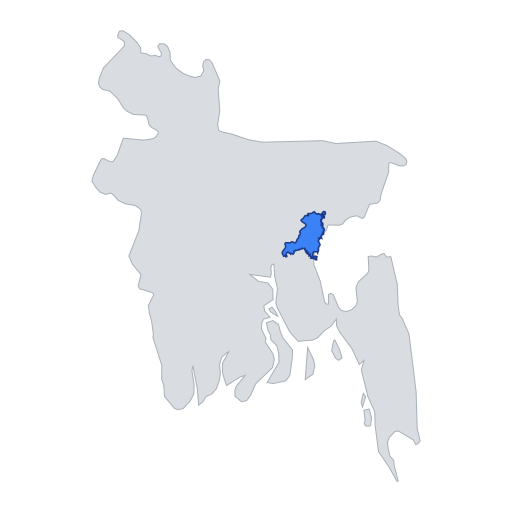 location of Brahamanbaria, Chittagong, Bangladesh
{"feature_id": "16705992B2831557138260", "entity_name": "Brahamanbaria", "entity_type": "district", "adm_level": 2, "iso_a3": "BGD", "parent_name": "Bangladesh", "parent_adm1": "Chittagong", "projection": "orthographic", "projection_center": [91.088, 23.957], "detail": "fine", "context": "in_parent", "style": "filled", "palette": "blue", "viewbox_px": 512, "rotation_deg": 0, "n_neighbors": 0, "source": "geoboundaries", "source_scale": "gbopen_adm2", "svg_char_len": 9343}
<svg xmlns="http://www.w3.org/2000/svg" viewBox="0 0 512 512"><path d="M161.7,379.4L161.8,365.3L152.9,337.4L153.4,334.4L151.6,321.0L149.4,313.5L148.3,305.6L154.0,294.3L151.8,292.5L139.6,288.8L138.2,285.8L141.0,274.7L132.3,264.0L128.9,256.0L138.8,230.7L141.5,213.0L140.8,209.5L135.2,205.5L125.0,203.7L117.9,200.2L113.8,195.1L110.3,193.0L105.8,194.4L100.3,192.4L95.7,187.3L91.9,181.1L93.6,174.6L101.3,159.0L104.0,158.6L110.4,161.8L112.8,161.8L117.1,155.7L123.3,138.2L143.7,140.1L148.6,139.6L153.8,138.3L156.6,136.1L158.2,133.3L157.7,130.8L151.5,127.4L149.1,124.9L147.5,117.8L145.7,115.1L133.4,114.5L127.0,111.2L123.6,108.2L117.5,98.5L110.0,91.2L102.7,89.4L99.9,87.0L98.4,83.3L99.4,78.0L103.4,68.0L124.0,46.4L124.6,44.0L123.9,41.2L118.0,37.5L117.7,35.8L119.4,31.2L122.8,30.7L129.7,35.0L136.6,41.9L140.7,48.0L140.8,52.8L146.3,53.8L150.8,56.0L155.6,55.4L158.7,56.7L160.7,56.3L161.6,53.5L157.7,46.6L159.7,43.7L164.3,43.9L167.6,46.6L170.0,51.9L170.3,60.2L175.6,67.7L182.7,73.1L188.3,75.7L195.1,77.5L200.9,75.9L203.8,70.7L202.6,66.0L203.6,61.9L205.9,59.6L209.5,59.8L212.2,63.1L219.9,81.0L218.2,88.9L219.8,110.6L217.6,124.9L218.8,130.4L220.2,131.4L232.1,134.2L249.4,140.0L262.7,142.2L322.8,140.7L335.9,143.5L376.0,141.2L386.9,145.6L398.9,153.0L405.6,158.4L406.9,161.6L406.1,164.3L403.9,165.8L399.8,165.9L390.4,162.4L388.7,163.5L388.7,172.0L381.2,193.6L380.1,200.3L377.4,203.0L369.5,204.4L364.3,217.0L362.1,218.5L356.9,215.8L353.6,216.3L349.5,217.4L345.4,220.3L342.6,224.0L339.4,225.2L328.1,225.0L326.0,230.8L318.6,238.5L313.5,258.7L313.9,264.9L320.2,281.0L324.6,301.9L326.3,304.0L328.4,304.2L328.5,294.6L330.6,293.4L333.2,294.5L338.6,307.4L341.6,310.6L346.4,311.5L351.8,309.6L355.8,305.8L357.4,301.7L355.9,287.6L358.4,281.8L367.6,273.2L368.9,270.6L368.2,256.5L371.7,256.0L376.4,257.1L382.3,253.7L384.1,253.6L386.6,257.2L390.8,256.6L397.3,284.5L398.0,304.2L399.5,315.1L401.8,317.6L409.0,334.0L416.1,391.8L417.2,428.5L420.1,441.0L417.8,443.8L415.6,444.4L413.4,440.0L398.2,430.9L394.6,431.8L389.4,437.3L387.4,442.3L388.3,449.4L390.0,456.3L393.7,460.3L394.0,464.7L398.2,481.2L397.0,481.3L388.6,466.3L378.5,451.6L375.1,425.1L374.8,412.0L367.9,396.6L361.3,369.8L364.1,360.4L359.3,364.5L351.8,348.4L340.0,332.7L336.6,325.7L336.4,318.9L331.4,325.8L324.5,330.6L317.5,337.8L312.9,340.0L298.1,341.3L289.6,331.7L277.4,308.0L275.8,302.7L277.5,288.8L274.6,275.6L273.9,264.0L271.7,265.0L270.8,268.2L271.3,273.1L270.4,277.2L249.9,274.4L258.6,281.4L268.0,283.0L272.8,289.3L273.1,299.6L263.8,305.7L264.6,311.0L270.0,317.3L263.5,319.1L261.7,323.3L261.5,329.2L266.0,338.3L265.2,341.9L272.9,353.8L274.4,359.5L272.5,367.6L255.6,383.9L250.6,395.4L246.5,400.8L241.3,401.7L235.0,396.2L234.9,390.6L236.3,386.1L245.1,375.4L240.3,376.8L226.6,385.6L224.1,378.4L222.4,371.6L222.5,363.4L229.1,351.2L221.6,357.2L219.5,364.9L220.4,373.9L219.4,380.3L216.4,388.6L212.3,393.6L205.9,396.7L203.0,401.6L198.7,405.2L197.3,388.4L192.9,365.7L191.9,370.5L194.1,384.6L193.9,393.7L190.3,400.9L183.1,408.6L177.7,409.7L174.5,408.4L164.5,396.6L163.8,385.5L161.7,379.4ZM286.0,380.8L273.4,383.5L267.1,382.6L279.0,362.2L278.7,353.1L276.8,345.7L270.8,339.7L270.5,335.4L267.8,329.6L266.4,322.7L273.1,320.6L278.5,324.5L280.5,332.3L283.1,338.1L292.5,350.0L292.4,357.4L289.8,375.3L286.0,380.8ZM312.9,374.1L305.2,379.6L307.7,347.4L313.4,359.3L314.8,365.7L312.9,374.1ZM342.0,358.0L338.7,360.3L335.6,358.3L331.6,350.7L333.5,341.2L334.7,339.8L339.6,349.6L342.0,358.0ZM370.6,425.8L366.3,426.2L364.1,423.9L365.1,420.6L363.9,410.2L369.4,409.1L371.5,417.9L370.6,425.8ZM365.6,396.6L362.5,407.0L361.1,402.4L363.3,393.3L365.6,396.6ZM276.4,312.9L277.7,316.2L270.7,311.9L268.9,308.8L272.0,307.2L276.4,312.9Z" fill="#d9dde1" stroke="#a8b0b8" stroke-width="1"/><path d="M323.6,232.5L323.4,232.4L323.1,232.4L323.0,232.2L323.1,231.9L323.2,231.7L323.5,231.5L323.5,231.3L323.9,231.0L324.0,230.5L323.9,230.4L323.7,230.4L323.8,230.1L324.1,230.2L324.3,230.1L324.2,229.2L323.9,229.1L323.8,228.9L323.6,228.9L323.7,227.9L323.4,227.7L323.1,227.8L323.0,227.6L322.4,227.6L322.3,227.3L322.5,227.1L322.3,227.0L322.2,226.7L322.5,226.3L322.6,225.6L322.8,225.6L322.9,225.0L322.1,225.0L321.9,225.4L321.6,225.0L321.1,225.0L321.2,224.8L321.3,223.5L322.3,223.6L322.2,223.2L322.7,223.3L322.8,223.2L322.4,222.8L321.4,222.7L321.4,221.3L320.8,221.4L320.7,220.9L321.1,220.7L321.0,220.0L321.3,220.2L321.6,220.1L321.8,219.5L321.6,219.2L321.8,218.2L322.2,218.2L322.3,217.8L323.2,217.8L323.5,217.6L324.0,217.5L324.2,218.0L324.3,218.0L324.4,217.3L324.2,216.7L324.3,216.5L323.7,216.5L323.7,216.9L323.2,216.5L323.1,216.9L322.9,216.8L322.7,217.0L322.3,217.1L321.8,216.8L321.7,216.5L321.9,216.4L321.9,216.2L322.1,216.2L322.3,215.9L322.2,215.4L322.6,215.3L322.8,215.7L323.2,215.7L323.3,215.0L323.6,215.2L323.8,215.2L324.0,214.6L324.4,214.6L324.4,214.3L324.8,214.3L324.9,214.5L325.1,214.4L325.0,214.1L325.1,213.6L325.4,213.4L325.4,212.9L325.2,212.9L325.2,212.5L325.1,212.4L325.1,212.0L324.8,212.0L324.8,211.7L323.9,211.5L323.5,211.6L323.1,212.1L322.9,212.1L322.8,212.4L322.5,212.8L322.5,213.0L322.2,213.2L322.2,213.6L322.0,214.2L322.1,214.4L322.3,214.3L322.3,214.9L322.2,214.9L322.3,214.7L322.1,214.6L321.9,214.8L321.5,214.8L321.4,214.6L321.3,214.9L321.1,214.6L321.0,214.9L320.9,214.8L320.5,214.7L320.4,214.5L319.7,214.4L319.6,214.2L319.3,214.2L319.2,214.1L319.0,214.3L319.1,214.1L318.8,213.9L318.7,214.1L318.2,214.1L318.1,213.8L317.7,214.1L317.8,213.9L317.7,213.8L317.3,213.9L317.0,213.7L316.7,213.9L316.5,213.7L315.9,213.7L315.6,213.2L315.3,213.0L314.8,212.4L314.7,212.3L314.7,212.2L314.4,211.7L313.6,212.2L313.0,212.3L312.6,213.0L311.6,213.4L308.1,213.6L307.8,213.9L307.7,214.5L308.5,215.2L308.6,215.6L308.5,215.8L308.3,215.9L307.3,215.5L306.7,215.5L305.4,215.6L304.9,215.8L304.6,216.3L304.0,217.3L303.3,218.2L302.7,218.8L301.5,219.5L301.1,220.1L301.1,220.5L301.9,221.5L302.8,222.3L304.4,223.1L305.2,223.8L305.6,224.4L305.9,225.0L305.9,225.7L305.6,226.3L305.0,227.2L304.2,227.6L303.6,228.1L302.7,228.4L302.3,228.7L300.2,230.8L299.7,231.9L299.7,232.3L300.0,232.5L300.2,233.2L300.3,233.8L300.2,234.7L300.1,234.8L299.3,235.1L298.7,235.9L298.6,238.0L298.2,238.4L297.7,238.6L297.1,239.3L296.2,241.7L295.6,242.6L294.8,243.0L294.3,242.8L293.1,242.1L292.0,241.7L290.8,242.3L290.5,242.7L290.2,242.9L289.9,242.8L286.4,242.7L285.6,242.8L285.4,242.9L285.1,243.3L285.0,244.0L285.6,246.2L285.5,247.5L284.9,248.5L284.6,248.8L284.6,249.0L283.6,250.1L282.4,252.0L282.3,252.7L282.3,253.6L282.5,254.2L282.9,254.7L283.5,255.4L283.6,255.8L283.6,256.2L284.6,256.0L285.0,255.7L285.4,255.9L285.5,256.4L285.6,256.7L285.9,256.9L286.2,256.9L286.7,256.7L286.9,256.4L286.8,255.7L286.5,255.3L286.1,255.1L286.0,254.8L286.1,254.3L286.5,253.5L286.4,253.0L287.0,252.8L287.4,252.4L287.6,252.3L287.7,252.0L288.4,252.2L288.6,252.7L289.1,253.0L289.7,252.9L289.9,253.4L290.4,253.9L290.4,253.7L290.5,253.7L291.4,253.5L291.7,253.6L291.9,253.8L292.7,253.8L292.9,254.2L293.8,253.5L293.8,253.3L294.1,252.7L293.9,251.5L294.3,251.2L294.5,251.0L294.9,251.0L295.0,250.4L295.9,250.3L296.0,250.6L296.5,250.4L296.9,250.2L297.2,250.2L297.5,249.9L297.8,250.0L298.3,249.7L298.6,249.9L299.2,249.9L299.2,249.5L299.8,249.2L300.0,249.2L300.5,249.1L301.7,249.0L302.0,248.8L301.8,248.3L302.1,248.3L302.3,248.8L304.1,248.3L304.6,248.2L305.0,249.0L304.8,249.3L305.0,249.7L305.1,249.8L305.3,249.5L305.6,250.1L305.4,250.4L305.1,250.4L305.2,250.7L305.4,250.8L305.6,250.5L305.9,250.4L306.0,250.5L305.6,250.8L305.6,251.0L305.8,251.1L306.0,250.8L306.3,250.8L306.0,251.3L306.0,251.5L306.8,251.2L306.5,251.5L306.4,251.9L306.2,252.1L306.5,252.3L306.7,252.0L306.8,252.0L306.7,252.5L306.8,252.8L307.0,252.5L307.0,252.9L306.8,253.0L307.1,253.2L307.4,253.0L307.6,252.8L307.6,253.1L307.3,253.4L307.7,253.7L307.8,253.5L307.7,253.4L307.8,253.3L307.9,253.5L308.2,253.3L308.1,253.8L307.7,253.8L307.9,254.0L308.1,253.9L308.3,254.4L308.6,254.3L308.9,254.1L309.0,254.3L308.9,254.6L309.9,254.4L309.7,254.7L309.3,254.8L309.3,255.0L309.1,255.1L309.4,255.1L309.5,254.9L309.8,255.1L309.7,255.3L309.5,255.2L309.4,255.3L309.8,255.5L309.9,255.3L309.9,255.7L309.6,256.0L310.0,256.0L310.3,256.1L310.3,255.9L310.4,256.0L310.5,255.9L310.6,256.0L310.4,256.2L310.6,256.4L310.5,257.0L310.7,256.6L310.8,256.7L310.7,257.0L310.8,257.1L310.9,257.3L310.9,257.1L311.1,257.0L310.9,257.4L310.9,257.6L310.7,257.5L311.0,257.9L311.3,257.9L311.1,258.1L311.4,258.1L311.6,258.4L312.0,258.3L312.2,258.0L312.7,258.0L313.0,257.8L313.2,258.0L313.2,257.9L313.6,258.2L313.5,258.4L313.9,258.4L314.2,258.9L314.4,259.0L314.6,258.7L314.6,258.9L315.0,259.0L315.1,258.7L315.2,259.0L315.8,259.1L315.6,259.7L316.3,259.8L316.3,259.5L316.6,259.5L316.5,259.2L316.4,259.0L316.6,258.8L316.5,258.5L316.7,257.2L316.9,256.7L316.6,256.7L316.0,256.2L315.9,256.4L313.0,256.5L312.9,255.2L312.7,254.7L313.3,252.6L313.2,252.4L314.0,251.7L315.1,251.8L315.3,251.7L316.1,251.6L317.0,251.8L317.1,252.1L317.6,252.5L317.7,252.8L317.9,252.0L318.2,251.6L318.1,251.2L318.5,250.6L318.5,249.0L318.3,249.0L318.3,248.7L318.2,248.5L318.2,248.4L318.5,248.0L318.7,247.0L319.0,246.8L319.3,246.0L320.1,245.0L319.8,243.9L319.2,243.0L318.8,241.8L318.6,241.8L318.4,241.6L318.3,240.2L319.5,239.5L319.6,239.0L319.2,238.3L318.6,238.0L318.7,237.9L320.0,238.0L320.7,238.2L320.8,238.1L321.4,238.1L321.7,238.3L321.5,237.1L320.8,236.6L321.4,235.2L322.3,233.7L322.3,234.0L322.5,234.3L322.4,234.4L322.5,234.8L323.4,234.4L323.2,234.1L323.6,233.2L323.5,232.8L323.6,232.5Z" fill="#3b82f6" stroke="#1e3a8a" stroke-width="1.5"/></svg>